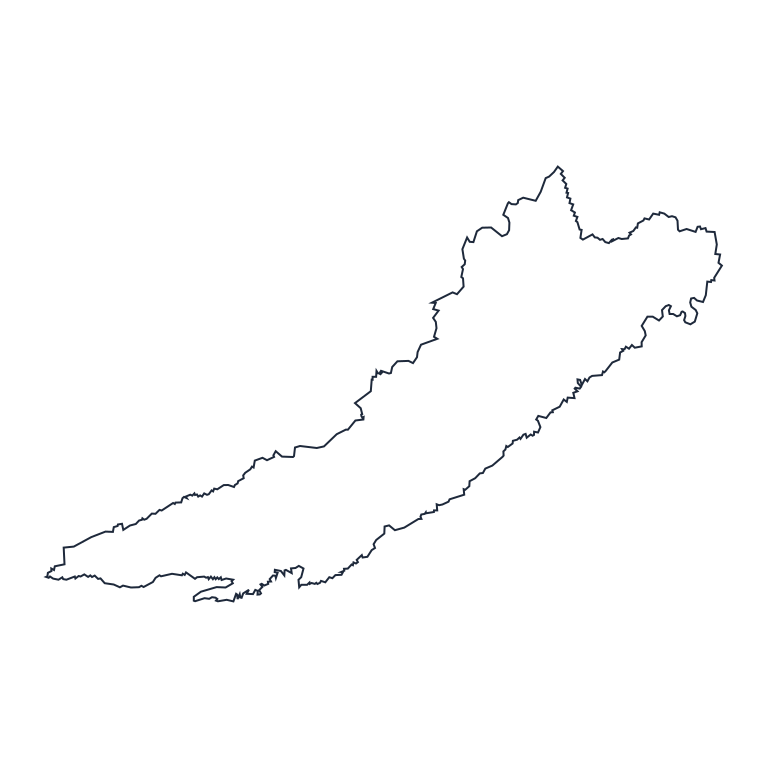 Puente Nacional, Veracruz, Mexico (Robinson projection)
{"feature_id": "50627088B8661366969935", "entity_name": "Puente Nacional", "entity_type": "district", "adm_level": 2, "iso_a3": "MEX", "parent_name": "Mexico", "parent_adm1": "Veracruz", "projection": "robinson", "projection_center": [-96.589, 19.313], "detail": "fine", "context": "isolated", "style": "outline", "palette": "slate", "viewbox_px": 768, "rotation_deg": 0, "n_neighbors": 0, "source": "geoboundaries", "source_scale": "gbopen_adm2", "svg_char_len": 6075}
<svg xmlns="http://www.w3.org/2000/svg" viewBox="0 0 768 768"><path d="M467.1,237.5L462.4,249.2L463.9,258.7L465.2,260.6L464.7,264.3L461.7,267.0L463.0,269.1L461.3,277.0L463.0,278.3L463.6,286.6L457.0,294.2L452.6,292.4L431.9,302.7L435.7,303.0L433.2,309.1L438.6,310.6L433.1,317.9L435.8,321.9L436.5,328.2L434.0,336.8L437.3,338.8L421.0,344.7L417.6,352.1L417.0,357.2L413.0,363.1L408.5,360.9L397.4,361.3L392.2,367.0L390.9,373.0L389.0,373.5L381.0,370.8L380.4,371.8L381.9,372.6L379.9,374.8L380.4,373.3L378.0,373.3L376.5,370.9L376.1,376.8L372.6,376.8L372.6,379.7L371.7,379.6L370.8,391.2L355.0,403.1L360.7,408.2L362.2,414.1L361.2,414.6L361.4,416.1L362.3,417.6L363.6,417.0L363.4,419.5L355.4,420.5L347.9,429.7L345.9,429.6L336.7,434.2L324.0,446.4L316.8,448.0L300.0,446.0L295.0,447.5L294.0,456.1L293.0,457.0L282.0,456.6L275.7,451.2L273.4,455.3L274.1,456.9L267.0,460.2L262.5,457.8L254.8,460.6L253.6,467.5L252.0,466.6L250.3,469.3L245.2,472.8L243.2,475.4L243.7,478.2L238.2,481.1L237.6,483.4L234.9,485.0L234.0,487.0L228.2,485.0L223.7,485.1L217.3,489.3L214.2,488.6L213.1,491.4L211.6,490.4L208.8,494.2L207.0,494.8L204.2,493.4L202.0,496.6L200.1,495.4L198.2,496.6L197.0,494.5L195.0,495.0L194.4,493.4L192.3,495.6L190.3,494.7L185.7,496.6L186.7,498.1L184.0,496.9L182.5,498.2L181.2,502.4L175.5,502.6L174.8,504.0L173.1,503.0L161.7,510.5L159.5,509.9L155.5,513.8L151.8,513.6L146.6,518.8L144.2,519.7L142.4,518.3L141.9,519.8L139.1,520.5L135.8,524.0L130.0,525.5L123.3,529.9L122.0,523.8L117.9,524.5L117.6,526.0L113.8,527.1L112.9,531.9L105.5,531.6L91.3,537.1L73.8,546.6L63.7,547.6L64.5,564.3L54.8,566.3L54.0,570.0L51.3,568.5L51.4,571.1L47.9,572.8L47.4,576.3L46.1,576.9L48.7,577.8L50.0,576.5L53.1,578.6L58.5,579.7L62.3,577.3L63.2,579.1L66.4,579.7L74.8,576.5L75.4,578.5L78.7,576.0L80.6,576.5L84.3,574.4L88.1,576.9L90.3,575.4L92.0,577.0L94.7,575.6L98.1,578.9L100.5,578.4L104.7,583.2L113.7,584.5L119.9,587.3L123.0,585.6L131.0,587.5L139.0,587.2L141.4,585.8L143.6,587.0L152.9,582.0L155.6,577.8L159.5,575.3L161.0,576.3L172.0,573.8L181.9,575.3L182.8,573.7L184.7,574.9L186.0,572.4L195.0,578.8L197.1,577.2L204.2,576.6L206.1,577.7L207.9,577.1L208.7,579.2L210.9,576.6L212.9,579.2L214.4,577.2L215.7,579.2L217.3,577.4L218.8,579.1L220.8,577.3L221.6,580.0L226.1,578.5L233.1,579.7L231.6,581.2L232.8,583.3L225.6,587.5L216.6,587.1L200.9,591.7L193.8,596.8L193.8,600.7L195.1,601.2L204.5,598.2L209.2,598.8L212.0,597.2L215.6,597.7L217.3,599.0L216.0,600.6L217.9,601.3L226.7,599.8L233.4,601.4L236.1,593.8L237.2,594.6L237.6,599.1L239.7,594.2L240.3,597.5L241.6,597.8L243.2,593.4L248.9,589.8L246.7,593.8L253.0,594.1L255.3,589.9L257.8,590.9L257.5,594.6L259.8,594.4L261.0,593.4L259.2,590.1L262.4,586.9L260.5,584.4L261.7,583.8L264.3,585.5L268.2,583.9L267.9,581.7L271.0,581.5L269.7,579.1L273.0,575.5L275.4,575.7L275.9,578.0L277.6,572.8L274.7,572.1L274.9,569.8L280.9,571.0L284.3,575.4L284.6,570.4L285.9,569.9L291.7,573.1L291.0,568.4L295.5,568.0L298.8,565.9L303.5,568.5L301.2,577.2L298.5,579.8L299.2,587.3L301.3,584.8L307.1,584.8L309.5,582.5L309.8,583.9L311.6,583.0L314.8,583.9L316.3,582.8L317.4,584.0L320.0,582.8L321.0,580.9L325.3,582.3L329.3,577.2L332.4,578.2L335.4,575.1L341.5,574.8L342.9,572.2L341.2,572.0L344.3,570.7L344.0,568.8L347.8,568.6L351.6,564.5L352.9,565.2L353.5,562.4L356.0,563.5L357.9,562.1L356.7,559.9L361.8,555.1L362.6,557.5L367.4,556.8L371.7,550.1L375.0,548.0L373.6,544.2L376.2,540.0L384.3,533.6L384.6,526.5L389.1,525.4L394.9,530.2L404.3,527.6L418.4,519.0L421.4,518.9L420.5,516.6L421.3,514.5L424.7,513.9L425.8,512.3L426.0,513.3L433.9,512.0L434.0,510.4L437.2,510.4L436.7,504.3L439.1,505.2L442.4,504.5L448.5,501.7L449.6,499.3L464.2,494.7L463.7,489.2L465.2,489.8L469.3,486.2L469.6,481.2L475.2,478.2L479.8,473.4L482.9,473.0L485.3,468.6L492.3,465.6L502.6,456.8L503.6,455.6L503.4,451.4L505.4,449.5L506.3,446.0L507.8,447.0L512.6,443.5L512.9,440.8L517.1,439.7L519.5,437.5L520.5,438.9L523.4,434.7L525.6,433.9L526.7,437.7L530.7,434.5L532.6,435.7L534.0,434.9L534.1,431.7L538.0,432.5L540.4,427.1L537.9,420.7L536.2,419.5L538.3,415.9L546.3,418.0L550.5,412.4L552.8,412.2L552.3,410.3L559.7,406.7L563.7,399.5L566.8,401.9L567.7,397.6L574.5,398.1L573.3,392.8L577.5,391.3L574.7,388.6L575.4,387.7L579.7,388.6L581.1,386.8L577.8,383.0L577.5,379.4L580.1,379.9L581.8,385.0L585.0,379.0L587.4,381.3L589.5,377.5L592.1,375.9L602.0,375.1L603.0,371.5L604.3,372.3L605.5,371.2L612.3,362.5L619.2,359.6L620.1,352.5L623.1,350.9L622.0,349.1L624.5,349.3L625.9,346.7L629.0,348.7L631.9,345.0L634.8,347.7L641.7,346.4L641.6,342.2L645.7,335.4L644.8,331.1L641.7,325.9L647.4,316.7L652.8,316.7L659.0,320.5L662.8,316.5L662.0,310.1L665.7,306.2L668.7,305.0L670.9,306.2L668.9,310.3L669.6,314.0L673.2,314.0L676.9,316.3L680.1,315.2L681.6,311.8L682.7,311.5L685.0,313.1L685.4,316.0L684.1,320.1L685.3,322.3L690.4,324.3L694.8,321.6L697.3,313.3L695.7,310.0L691.4,306.7L690.2,302.5L691.1,298.5L694.1,297.9L697.0,300.5L703.0,302.0L705.8,295.2L707.3,281.6L711.0,282.0L711.3,280.1L714.5,280.5L714.2,277.8L721.9,265.6L718.5,262.8L720.1,254.5L715.3,254.0L716.8,244.5L714.6,232.0L706.6,231.6L705.5,228.1L701.0,229.2L700.0,226.5L697.6,226.8L695.6,231.9L686.6,229.0L679.6,231.3L678.0,229.7L677.5,220.7L675.5,217.3L672.0,216.2L668.7,217.0L664.3,213.6L659.7,212.3L659.1,214.8L653.2,213.6L649.1,219.5L644.5,218.4L643.4,220.5L637.9,223.4L637.2,227.7L635.9,227.4L633.3,231.0L629.5,232.7L631.0,234.4L629.1,235.5L628.0,238.4L621.7,239.0L618.4,238.0L612.4,241.1L612.8,239.4L611.9,239.7L608.9,243.1L605.3,242.1L602.6,239.0L600.0,239.8L597.5,237.7L594.8,237.4L592.5,234.4L582.9,239.6L580.4,237.9L581.6,229.9L579.6,229.5L577.4,222.1L575.9,221.0L577.4,216.9L573.8,215.7L574.9,212.5L571.1,210.2L573.2,204.4L569.5,203.1L570.4,198.6L567.0,197.4L568.1,193.0L566.5,192.7L567.6,188.6L565.1,187.8L566.3,184.0L562.6,180.4L564.7,177.8L560.8,173.9L563.0,171.1L557.8,166.6L554.0,172.0L549.1,176.6L545.7,178.1L540.7,191.8L535.7,200.8L523.2,197.7L518.2,200.1L517.8,203.0L515.9,204.4L511.5,204.1L508.9,202.2L507.9,203.3L503.3,214.8L508.0,218.0L509.4,222.6L509.1,230.2L506.9,234.2L502.0,236.2L491.1,227.5L482.2,227.7L476.9,231.3L473.4,242.1L469.7,241.8L467.1,237.5Z" fill="none" stroke="#1e293b" stroke-width="2"/></svg>